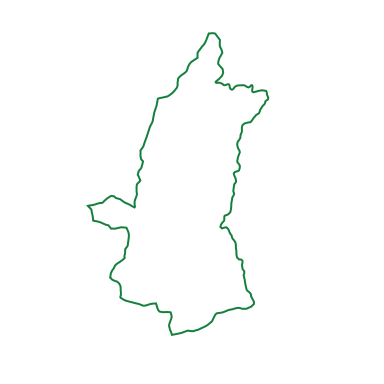 the district of Zobel, Tashigang, Bhutan, rotated 60°
{"feature_id": "84629894B82504764239496", "entity_name": "Zobel", "entity_type": "district", "adm_level": 2, "iso_a3": "BTN", "parent_name": "Bhutan", "parent_adm1": "Tashigang", "projection": "natural_earth1", "projection_center": [91.442, 27.065], "detail": "fine", "context": "isolated", "style": "outline", "palette": "green", "viewbox_px": 384, "rotation_deg": 60, "n_neighbors": 0, "source": "geoboundaries", "source_scale": "gbopen_adm2", "svg_char_len": 5446}
<svg xmlns="http://www.w3.org/2000/svg" viewBox="0 0 384 384"><g transform="rotate(60 192 192)"><path d="M305.7,280.8L306.3,279.1L307.8,274.6L308.8,271.5L309.4,267.7L310.0,264.8L311.7,262.9L313.2,260.5L313.5,258.7L314.0,257.0L314.3,256.2L315.0,248.0L315.0,245.0L314.0,239.3L313.0,237.9L311.5,235.6L310.0,233.4L309.4,231.4L310.1,229.5L310.8,227.9L311.7,225.2L312.5,219.2L313.8,215.5L314.4,212.7L315.6,209.5L318.6,206.4L320.3,203.3L320.9,198.1L320.2,195.4L320.0,194.5L318.8,193.6L317.7,193.3L316.3,193.1L314.9,193.1L313.3,193.1L311.6,192.9L310.9,192.5L309.9,192.1L307.6,192.4L305.2,193.4L303.7,193.5L299.6,192.2L296.6,191.2L294.2,190.2L291.6,189.4L290.0,189.0L288.4,187.3L286.8,186.4L284.0,186.7L282.4,186.1L279.9,185.0L278.2,183.4L276.7,182.7L275.1,183.1L274.0,184.9L271.3,185.7L268.6,184.9L265.4,183.1L262.3,181.9L259.6,180.4L257.4,179.6L254.4,179.8L252.8,180.2L250.9,179.9L249.3,179.4L248.1,179.7L246.5,179.7L243.5,179.3L241.8,179.2L239.6,180.0L239.1,181.7L238.6,184.2L236.4,184.9L234.7,183.1L233.7,181.0L233.0,178.7L231.6,177.5L230.0,176.7L228.9,175.6L229.1,174.1L229.4,172.7L229.2,170.6L228.6,168.9L228.0,168.3L226.5,167.0L224.1,165.2L221.3,163.5L219.4,161.8L216.8,159.7L215.9,158.0L214.5,156.3L212.1,155.9L210.3,154.6L208.6,153.3L206.3,151.4L206.1,150.5L205.2,148.7L203.2,147.8L201.3,147.4L199.4,147.2L198.0,147.0L196.6,146.4L196.1,144.5L196.8,142.2L196.8,140.5L195.4,139.0L194.2,138.0L193.0,137.4L191.4,137.4L188.9,137.8L187.5,137.1L185.4,135.2L184.0,133.8L181.6,130.8L180.0,130.2L177.9,130.3L174.9,129.7L173.0,128.8L171.3,127.2L170.6,125.3L169.2,123.0L167.8,122.1L166.6,121.1L165.7,119.9L164.7,118.6L162.9,117.6L161.0,116.5L159.4,114.9L158.9,112.3L159.5,109.8L160.2,107.8L160.8,106.4L159.9,104.0L158.7,101.7L157.9,99.2L157.4,98.1L157.3,94.6L155.9,92.8L154.9,91.8L153.8,89.6L152.8,87.9L152.3,85.6L151.6,84.4L150.2,83.1L149.9,82.0L149.9,80.2L149.0,79.1L147.6,78.7L145.3,78.4L143.3,77.5L141.5,77.3L140.0,79.1L139.3,79.9L138.7,81.0L138.3,82.2L137.9,83.3L137.5,84.6L137.3,85.7L137.0,86.5L136.8,87.5L136.2,89.0L135.3,89.5L134.4,89.4L133.5,88.6L132.1,87.6L131.2,86.9L130.1,86.6L129.4,86.7L129.2,87.8L129.5,88.5L129.8,89.6L129.7,90.7L128.7,91.7L127.7,92.2L126.8,92.7L126.3,93.0L125.4,93.8L124.7,95.0L124.3,95.9L123.9,96.7L123.5,97.3L123.2,97.9L122.9,98.6L122.6,99.3L122.3,100.5L122.3,101.8L122.6,102.8L122.9,103.7L123.4,104.7L123.5,105.8L123.2,106.5L122.0,107.1L120.6,107.1L119.0,106.4L118.2,106.2L117.3,106.2L116.5,107.2L116.3,107.9L116.3,108.7L115.9,110.2L115.5,110.9L114.9,111.2L113.7,111.6L112.9,112.1L112.2,112.6L111.4,113.2L110.9,113.9L110.5,114.5L110.1,115.8L109.3,116.6L108.6,116.6L108.2,115.6L107.8,113.5L107.7,112.3L106.3,107.7L104.2,105.3L100.8,104.0L97.1,104.8L94.1,105.3L92.1,103.9L89.8,101.4L88.0,98.3L86.6,96.1L83.6,95.3L79.6,95.0L77.3,93.7L74.2,91.8L66.5,92.7L65.5,93.6L64.4,95.4L63.6,97.4L63.1,98.2L64.9,100.4L65.8,101.6L67.6,103.7L69.5,106.5L70.1,107.6L71.0,110.4L72.0,112.7L72.7,114.3L73.5,116.2L74.1,117.4L77.2,119.4L78.5,120.0L78.7,122.9L78.9,125.9L79.0,127.5L79.2,128.3L80.1,130.5L81.4,132.5L82.8,134.1L84.5,136.0L84.9,137.2L85.2,138.7L85.4,140.7L85.7,143.7L86.1,145.2L86.4,146.4L86.9,147.4L88.4,148.4L90.0,149.8L91.9,150.8L93.0,151.6L94.2,153.1L94.7,154.5L95.3,155.9L95.9,157.5L96.4,159.4L96.8,161.9L97.0,165.4L95.6,169.9L94.5,173.1L94.1,174.9L98.8,178.9L99.5,179.5L104.1,184.7L104.6,185.2L108.7,188.7L111.2,190.8L112.8,193.1L113.7,194.6L114.1,195.4L121.7,203.8L125.5,208.4L128.0,211.1L129.1,213.2L130.3,215.9L131.9,216.7L135.2,218.7L138.4,219.7L139.9,219.3L141.0,219.1L142.8,220.8L145.6,223.6L146.5,225.4L147.0,227.2L147.4,228.0L148.3,228.5L148.8,229.2L149.3,229.8L150.0,230.4L151.7,230.4L153.3,230.6L156.2,231.0L156.8,232.3L157.3,234.5L157.9,235.9L159.6,237.3L163.8,239.7L166.3,240.7L168.5,242.9L169.9,244.8L171.6,246.5L173.8,247.8L176.3,248.8L176.6,249.5L174.5,250.9L171.9,252.3L170.2,253.5L169.1,254.3L167.3,255.6L166.5,256.0L165.9,256.3L162.3,257.8L159.7,260.4L159.2,260.9L156.8,261.7L155.9,262.8L155.3,263.4L154.9,264.7L154.9,265.8L155.1,266.9L155.1,268.0L155.2,269.0L155.5,270.3L155.6,271.2L155.9,272.4L156.1,273.2L156.4,274.2L156.5,274.9L156.4,275.7L155.8,276.7L155.4,277.5L155.1,278.5L154.7,280.1L154.5,281.3L154.2,282.6L153.9,283.8L153.5,284.8L153.2,285.9L152.9,286.5L152.4,287.6L152.0,289.1L156.8,287.9L158.1,288.4L158.9,288.7L162.7,289.9L165.1,290.8L166.7,291.6L167.5,291.8L169.9,289.0L171.4,287.5L171.9,287.0L173.1,286.0L174.1,285.3L174.9,284.7L177.5,282.8L178.5,281.7L179.1,281.0L181.1,280.7L183.2,280.4L185.3,276.9L187.2,270.8L190.1,266.7L191.9,266.8L195.0,267.2L197.2,267.9L198.9,268.9L201.6,270.9L203.6,272.4L206.5,274.7L208.1,278.4L211.6,280.6L213.8,282.7L215.5,283.3L216.1,286.0L216.5,289.9L216.6,292.8L217.1,295.2L219.2,298.3L220.0,300.3L221.8,302.9L225.3,305.7L226.4,305.2L227.2,305.2L228.3,304.8L229.2,304.1L230.1,303.5L231.0,302.8L231.7,302.0L232.9,301.4L234.2,301.0L236.1,300.8L238.0,301.1L239.7,301.9L241.6,303.0L243.9,304.0L245.6,305.1L247.1,306.6L248.0,306.7L248.8,306.2L250.3,305.5L252.2,304.3L253.9,302.8L256.2,300.5L258.3,298.3L260.5,296.1L262.4,294.0L264.1,292.7L266.0,291.2L266.9,289.6L267.4,287.9L267.9,285.4L268.3,283.8L268.9,282.2L269.6,280.7L270.5,278.9L274.1,279.7L275.8,280.1L277.3,280.3L278.6,280.1L279.7,279.6L281.0,277.8L281.7,277.1L282.7,275.0L283.6,273.4L284.6,271.9L285.5,270.7L287.7,271.2L289.4,271.8L290.2,272.2L291.9,274.0L293.5,275.9L294.9,277.6L296.2,278.6L297.2,279.1L298.5,279.3L300.0,279.9L302.6,280.1L305.7,280.8Z" fill="none" stroke="#15803d" stroke-width="2"/></g></svg>